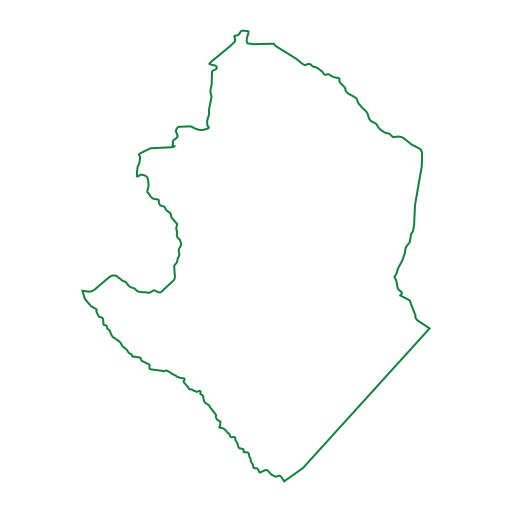 the Province of Masvingo
{"feature_id": "ZWE-532", "entity_name": "Masvingo", "entity_type": "Province", "adm_level": 1, "iso_a3": "ZWE", "parent_name": "Zimbabwe", "parent_adm1": "", "projection": "albers", "projection_center": [30.801, -20.777], "detail": "fine", "context": "isolated", "style": "outline", "palette": "green", "viewbox_px": 512, "rotation_deg": 0, "n_neighbors": 0, "source": "natural_earth", "source_scale": "10m", "svg_char_len": 6012}
<svg xmlns="http://www.w3.org/2000/svg" viewBox="0 0 512 512"><path d="M275.6,476.7L274.5,476.3L272.5,475.0L271.6,474.8L270.7,474.0L268.1,470.9L266.7,470.0L264.8,470.3L260.5,472.3L259.6,472.5L257.8,469.1L257.2,468.4L254.9,468.3L254.0,467.9L253.4,467.4L253.0,466.4L252.8,464.6L252.4,463.8L250.9,461.6L250.7,460.6L250.6,458.9L249.3,456.4L248.8,453.5L248.3,452.9L247.3,452.4L246.4,452.3L244.1,452.3L243.6,452.0L243.8,450.4L243.6,449.7L243.0,449.1L241.6,448.7L239.7,448.3L239.0,447.9L238.5,447.2L238.0,445.9L237.4,443.2L237.1,442.6L235.6,440.5L235.3,439.8L235.3,438.2L235.0,437.5L234.4,437.1L233.2,437.0L231.5,437.2L230.8,437.1L230.3,436.6L229.6,434.6L229.0,433.7L227.6,432.6L226.8,431.8L226.0,430.6L225.1,429.7L223.3,428.5L222.2,428.0L221.1,427.8L219.7,427.6L219.3,427.3L219.4,426.7L220.2,425.4L220.2,424.1L220.2,423.3L220.5,422.7L220.5,422.0L220.1,421.3L217.8,420.1L216.9,419.3L216.0,417.7L215.9,416.8L216.1,415.3L215.9,414.7L210.0,407.2L209.7,406.3L209.1,405.5L208.4,404.8L205.1,402.8L204.6,402.2L203.3,398.3L203.2,396.7L203.0,395.9L202.6,395.3L200.8,394.4L200.3,393.9L200.6,392.3L200.5,391.5L200.1,391.1L199.2,390.9L197.9,391.5L197.2,391.7L196.4,391.7L193.4,390.5L191.9,389.5L191.2,389.3L189.8,389.3L189.1,389.1L188.1,387.2L187.4,386.3L184.8,383.4L183.6,381.8L183.6,381.3L183.8,380.7L184.5,379.7L184.6,379.1L184.2,378.5L183.2,378.2L180.6,378.0L176.6,376.5L175.6,375.5L172.8,374.3L169.6,372.1L166.6,370.5L165.8,370.6L163.8,371.3L163.1,371.2L161.6,370.8L151.2,369.4L150.3,369.2L149.8,368.8L149.4,368.2L149.6,365.6L149.4,364.9L149.0,364.3L148.4,363.9L147.2,363.6L146.3,363.2L143.6,361.7L141.9,361.1L141.4,360.5L140.8,358.6L140.4,357.8L139.2,357.3L136.7,357.2L135.0,356.7L134.4,356.6L133.4,356.8L132.9,356.7L132.4,356.3L131.8,355.1L131.3,354.3L130.3,353.7L129.5,353.4L128.8,352.8L128.0,351.8L127.0,350.0L124.6,347.9L123.2,347.0L122.6,346.4L120.4,342.6L118.4,340.7L116.9,339.9L114.7,338.1L112.8,337.1L111.5,335.0L109.5,330.3L108.9,329.7L107.6,329.0L107.2,328.5L106.9,326.8L106.7,326.1L106.2,325.6L105.2,325.2L104.0,325.0L103.7,324.6L103.4,323.7L103.2,319.9L102.9,318.8L102.4,318.1L101.2,317.3L100.5,317.1L99.3,316.9L98.7,316.2L98.0,315.0L96.6,312.1L96.3,310.8L96.4,310.1L96.7,309.8L96.5,309.5L96.0,309.0L91.2,306.3L85.3,299.5L84.4,297.4L82.4,290.8L88.9,291.7L91.5,291.3L94.1,290.0L109.4,277.0L111.0,276.1L112.3,275.6L113.6,275.5L115.2,275.5L116.1,275.8L117.0,276.3L117.7,277.0L120.6,279.1L121.4,279.9L122.2,280.5L125.7,282.1L126.2,282.6L128.3,285.3L129.5,286.5L131.1,287.4L134.1,288.3L134.8,288.7L136.8,290.8L138.1,291.5L142.6,292.3L145.0,292.2L148.5,292.8L149.4,292.7L150.1,292.5L150.6,292.1L152.1,291.4L153.4,290.4L153.9,290.3L154.5,290.3L157.0,291.7L158.7,292.3L159.6,292.4L160.8,292.3L173.7,280.3L174.6,278.8L174.9,276.6L174.2,266.4L174.4,265.6L174.8,264.9L176.3,263.2L176.8,262.4L177.1,261.5L177.8,258.2L179.2,255.5L179.4,253.9L178.7,251.0L178.7,250.2L179.2,248.5L180.9,245.5L181.1,244.8L181.2,243.9L180.7,242.5L180.1,240.1L177.7,237.8L177.3,237.2L176.9,235.7L176.8,234.8L177.0,232.3L177.0,231.5L176.3,229.3L176.3,228.3L176.4,227.1L177.0,225.5L177.1,224.5L176.9,223.7L171.5,217.6L171.1,216.2L170.9,214.5L170.7,213.7L170.3,213.1L169.8,212.7L166.4,210.3L165.6,209.1L164.7,207.1L164.2,206.7L163.5,206.4L161.2,205.9L160.1,205.1L159.3,204.0L158.8,202.7L158.8,200.4L158.5,199.8L158.0,199.5L157.3,199.3L154.8,199.1L153.4,198.7L152.1,198.1L150.7,196.7L148.8,193.6L148.4,193.1L147.7,192.9L147.4,192.1L147.4,190.6L148.4,187.2L148.5,184.4L148.3,181.6L147.9,179.4L147.3,177.6L146.5,176.6L144.8,175.5L142.7,174.9L140.5,174.7L138.3,176.2L137.4,176.6L137.0,176.3L136.9,172.2L137.7,166.6L139.2,163.6L140.1,158.7L139.9,156.8L139.6,155.7L138.8,154.8L139.2,154.1L140.3,153.3L150.0,148.5L150.8,148.3L171.9,147.2L173.5,146.9L174.2,146.2L172.8,146.1L172.6,145.9L172.7,145.2L173.1,143.9L172.8,143.0L172.8,142.3L173.0,141.0L173.4,140.3L176.5,138.0L177.6,136.5L177.6,135.7L176.9,134.3L176.8,133.2L176.2,132.4L175.8,131.0L175.9,130.4L177.4,127.6L178.6,126.8L189.7,126.4L191.0,126.5L192.0,126.9L195.6,128.8L199.4,129.9L201.1,130.1L202.8,130.0L206.6,129.0L208.6,128.0L208.8,127.4L208.6,126.9L207.8,126.1L207.5,125.8L207.2,123.6L207.1,121.8L207.5,119.3L209.0,114.8L209.1,114.0L209.0,110.6L209.0,109.5L211.3,98.3L211.5,96.9L211.3,95.4L210.8,93.5L210.3,91.3L211.7,83.9L212.0,72.5L212.2,71.3L213.0,70.6L214.4,70.0L216.2,69.0L216.8,67.9L216.7,66.9L215.9,66.0L215.0,65.5L210.9,64.6L210.1,64.3L209.5,63.8L209.8,63.1L210.9,62.0L229.2,46.9L234.9,41.7L235.1,38.7L234.6,37.4L234.3,36.3L234.7,35.8L237.3,35.3L238.5,34.8L239.3,33.7L240.7,31.6L241.6,30.9L243.0,30.7L247.6,31.1L248.5,31.5L248.4,33.1L248.2,34.2L247.6,34.9L247.8,35.5L247.2,36.9L246.8,38.5L246.7,40.2L246.8,41.9L247.0,42.6L247.4,43.3L253.1,44.2L273.7,43.7L275.4,45.9L296.7,59.1L301.4,63.1L303.1,64.2L304.6,65.0L305.4,65.1L306.1,64.9L307.4,64.1L308.3,64.0L309.7,64.1L310.5,64.3L311.0,64.7L312.4,66.1L313.1,66.5L313.8,66.8L316.3,67.4L317.6,68.1L322.1,71.5L324.1,74.2L324.9,74.7L325.8,74.9L327.8,74.2L328.8,74.3L330.5,75.5L333.4,77.0L334.8,77.4L337.9,77.9L338.9,78.2L339.4,78.7L339.4,80.7L339.7,81.8L340.4,83.1L344.4,87.0L344.9,87.6L345.7,90.7L346.3,91.6L347.4,92.8L348.3,93.6L354.3,96.9L355.8,98.0L356.8,98.9L358.0,102.3L358.7,103.6L361.7,107.2L365.7,111.0L367.4,113.1L368.9,118.2L369.4,119.1L370.4,120.4L371.8,121.6L375.3,123.2L376.1,123.8L376.7,124.5L377.7,126.6L378.7,127.8L380.7,129.8L383.5,131.8L385.1,132.7L389.1,133.7L390.1,134.3L392.0,136.3L392.8,136.9L393.6,137.2L396.7,136.7L399.2,136.6L401.4,137.1L403.2,137.8L411.8,144.7L418.6,148.1L420.9,149.7L421.3,151.0L422.1,152.2L421.8,166.1L415.0,205.1L414.1,224.7L413.0,231.3L411.1,234.0L409.7,242.3L407.0,245.7L405.7,247.8L405.2,250.3L404.9,253.1L402.4,260.2L397.7,269.1L397.0,272.1L396.5,273.5L394.6,276.6L394.7,277.8L395.8,279.4L396.3,280.7L397.5,287.2L397.9,288.5L398.6,289.7L401.5,292.0L401.9,293.4L400.3,295.5L409.4,300.2L410.0,300.8L411.0,304.1L415.5,315.5L415.3,317.5L417.3,320.3L429.6,328.4L302.9,468.1L284.2,481.3L281.2,476.8L280.0,475.8L278.7,475.7L276.6,476.6L275.6,476.7Z" fill="none" stroke="#15803d" stroke-width="2"/></svg>